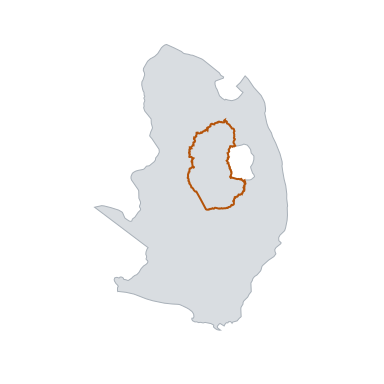 location of Free State within South Africa, rotated 308°
{"feature_id": "ZAF-1206", "entity_name": "Free State", "entity_type": "Province", "adm_level": 1, "iso_a3": "ZAF", "parent_name": "South Africa", "parent_adm1": "", "projection": "natural_earth1", "projection_center": [27.438, -28.674], "detail": "fine", "context": "in_parent", "style": "outline", "palette": "amber", "viewbox_px": 384, "rotation_deg": 308, "n_neighbors": 0, "source": "natural_earth", "source_scale": "10m", "svg_char_len": 9454}
<svg xmlns="http://www.w3.org/2000/svg" viewBox="0 0 384 384"><g transform="rotate(308 192 192)"><path d="M259.5,77.7L267.7,76.5L271.4,77.2L275.8,79.1L279.9,79.8L286.9,79.1L289.3,79.5L291.2,80.1L292.6,81.2L294.5,88.9L296.2,97.2L296.1,99.9L296.4,100.9L298.3,104.4L299.1,106.6L300.2,108.4L302.7,117.2L303.0,118.8L302.7,140.2L301.7,142.8L302.1,146.1L301.0,146.6L294.1,142.3L292.8,142.4L290.9,144.0L289.0,146.6L288.2,148.7L284.7,154.5L284.4,158.1L284.7,161.3L285.8,161.4L286.6,163.7L288.5,167.2L291.7,169.5L294.6,170.6L298.8,170.9L302.0,170.8L301.9,168.4L302.7,161.9L308.1,162.7L316.2,162.4L315.6,166.7L312.5,176.3L310.6,187.1L308.1,192.6L306.7,194.8L302.8,198.8L300.7,200.2L299.0,200.6L292.2,208.7L289.7,212.6L287.5,218.2L285.3,221.3L282.0,228.0L276.3,237.8L271.5,244.2L269.4,246.1L267.9,246.9L264.2,250.7L258.8,256.7L254.7,262.0L248.7,268.0L245.1,270.7L239.9,275.9L238.4,276.6L232.5,281.5L228.2,284.4L221.4,287.8L218.6,288.8L212.1,287.9L209.4,288.4L207.1,290.4L206.9,293.4L206.0,293.8L200.0,292.4L197.5,292.7L196.1,294.2L194.9,296.2L191.5,296.3L185.4,294.3L178.1,293.0L176.5,292.9L173.0,294.4L171.8,294.6L166.7,294.3L163.9,293.3L161.2,293.3L159.1,294.1L156.6,294.4L150.0,300.0L146.5,300.0L143.5,300.6L138.1,299.9L136.5,300.2L135.0,301.2L131.4,301.6L130.0,302.4L124.0,307.5L121.4,307.0L118.2,306.9L114.6,304.2L113.2,304.4L113.5,303.6L113.6,302.1L112.3,300.7L110.9,300.8L110.1,299.5L108.0,299.4L106.2,299.8L105.7,295.1L104.9,294.7L102.7,294.6L101.6,294.7L101.2,295.1L100.6,296.2L100.7,299.5L99.9,298.5L99.0,296.6L98.7,294.5L98.9,292.0L100.5,291.1L100.0,288.0L97.3,282.6L95.7,281.4L94.4,278.7L93.2,277.7L92.6,275.7L91.4,274.2L90.9,271.7L91.5,270.3L92.5,269.6L93.6,270.8L94.9,270.3L96.8,268.5L97.8,265.8L97.8,261.5L97.4,258.9L95.8,251.9L95.0,250.3L91.5,245.3L87.4,238.7L82.2,228.2L79.7,221.9L75.8,209.1L72.4,201.9L68.3,195.2L67.8,194.8L68.4,194.0L70.5,192.4L71.4,192.0L71.9,192.2L72.4,191.7L72.8,190.7L73.1,188.3L74.1,185.8L74.9,184.7L76.7,184.0L78.2,185.0L78.8,185.9L79.1,187.1L79.7,187.7L80.7,187.7L81.4,188.4L81.9,189.9L81.8,191.0L81.2,191.7L81.4,192.6L82.1,193.8L82.9,196.2L86.8,197.5L88.9,197.7L91.0,198.3L92.9,199.4L96.0,199.7L100.4,199.1L104.0,199.4L106.8,200.4L108.9,200.6L110.1,200.0L110.7,199.0L110.5,197.7L111.1,196.9L112.5,196.5L113.6,195.6L114.4,194.0L116.4,192.7L119.5,191.7L121.1,191.7L120.0,124.6L125.6,129.2L126.9,131.3L129.7,137.6L132.6,145.4L133.1,149.1L133.0,149.9L130.2,155.0L130.2,157.5L130.5,160.5L131.2,161.9L132.1,162.4L134.0,161.7L137.1,162.5L142.9,162.1L145.8,162.5L146.5,162.3L147.2,161.7L147.9,159.9L148.6,159.3L151.3,158.5L152.5,157.5L154.4,154.0L160.1,149.3L160.7,148.2L164.2,137.0L165.3,135.4L166.9,134.3L170.1,133.5L172.0,134.0L174.0,134.9L176.3,136.6L179.7,139.6L180.9,140.1L184.3,140.2L186.4,142.2L192.7,143.6L194.6,143.5L196.5,142.4L199.8,142.5L203.3,141.7L205.4,139.7L209.4,127.4L209.9,124.8L210.3,124.0L213.7,122.6L217.7,121.6L218.6,121.0L221.1,117.6L224.4,114.8L226.7,105.0L228.2,102.6L229.1,101.7L229.7,101.7L230.6,101.0L231.7,99.8L233.0,99.1L234.5,98.8L235.5,98.0L236.0,96.7L236.7,96.1L237.9,96.1L238.5,95.7L238.7,94.8L241.1,92.7L241.2,91.9L242.6,89.8L245.4,86.5L248.0,84.7L250.5,84.3L255.1,82.6L256.7,81.0L257.7,78.9L259.5,77.7ZM251.6,222.4L255.6,220.8L258.5,218.6L259.2,214.6L261.5,212.1L262.3,209.8L263.0,206.7L261.7,203.4L259.8,202.4L256.4,199.6L255.0,197.7L253.0,196.1L251.5,194.1L249.2,194.7L245.6,196.3L243.3,197.7L241.5,199.4L238.1,200.7L234.9,206.1L233.9,207.3L231.4,211.3L227.9,213.2L227.8,213.9L229.0,217.1L230.6,220.3L232.4,222.9L232.3,224.6L232.9,225.8L234.4,226.7L237.0,230.0L238.3,231.0L242.3,231.8L242.9,231.6L244.0,229.6L244.1,228.3L246.8,224.0L247.9,222.7L251.6,222.4Z" fill="#d9dde1" stroke="#a8b0b8" stroke-width="1"/><path d="M255.0,197.6L254.8,197.5L254.1,197.3L253.9,197.2L253.5,196.3L253.3,196.1L252.6,196.1L252.5,195.8L252.4,195.1L252.1,194.4L251.6,193.9L251.4,193.9L250.6,194.6L248.2,194.8L247.8,194.9L247.6,195.2L247.1,196.0L246.9,196.3L246.5,196.4L245.9,196.4L245.5,196.3L244.5,196.4L244.4,196.3L243.6,197.6L242.9,198.3L242.3,199.1L242.3,199.5L241.7,199.6L241.2,199.1L240.7,199.2L240.4,200.0L240.0,200.2L238.3,200.1L238.4,200.4L237.8,200.8L237.8,201.2L237.7,201.6L237.1,202.2L236.6,202.4L237.0,203.0L236.7,203.1L236.6,203.5L236.2,204.2L235.4,205.3L235.0,205.6L234.9,205.7L235.0,206.5L234.8,206.7L234.1,206.9L233.8,207.1L233.7,207.8L233.6,208.0L233.2,208.3L233.3,208.8L233.3,209.0L232.5,209.9L232.3,210.2L232.3,210.5L232.2,210.6L231.8,210.6L231.6,211.2L231.0,211.7L229.8,212.1L229.4,212.2L228.9,212.3L228.3,213.0L228.2,212.9L228.1,212.7L227.9,212.7L227.6,213.2L227.3,213.0L227.2,213.2L227.2,213.5L227.0,213.9L227.8,214.5L228.2,215.2L230.0,219.7L230.3,220.0L231.0,220.7L231.2,221.0L231.4,221.9L231.7,222.5L231.9,222.5L232.4,222.5L232.7,222.7L232.7,222.8L232.5,223.1L232.2,223.9L232.2,224.5L232.5,225.4L232.5,225.7L232.7,225.8L232.3,225.9L232.6,226.6L232.9,226.5L233.1,226.8L232.9,227.1L232.2,227.1L231.9,227.2L231.9,227.5L232.4,227.9L232.1,228.2L231.4,227.9L231.3,228.1L231.8,228.5L231.5,229.0L231.2,229.1L230.8,229.0L230.7,228.8L230.4,228.9L230.2,228.9L229.8,229.2L229.2,229.2L229.1,229.7L228.8,229.9L227.9,229.7L227.2,229.8L227.1,230.1L227.4,230.4L227.5,230.8L227.4,230.9L226.8,230.8L226.5,230.9L226.2,231.1L226.1,231.4L226.2,231.8L226.0,232.0L225.2,232.1L225.0,232.4L224.8,232.4L224.6,232.3L224.1,231.8L223.7,231.8L223.3,232.1L222.8,232.2L222.6,232.4L222.3,232.4L222.1,232.3L221.5,232.5L221.6,232.2L221.3,232.0L220.3,232.0L219.4,231.6L219.2,231.4L219.1,230.8L218.7,230.3L216.7,230.7L216.2,230.6L216.0,230.3L215.9,230.0L215.1,229.7L214.6,229.0L214.2,228.9L214.1,229.1L214.1,229.4L214.1,229.7L213.7,229.7L212.9,229.4L211.8,229.8L211.1,230.4L210.6,230.0L210.4,230.0L210.1,230.2L210.2,230.7L210.0,231.0L208.7,232.1L207.9,232.5L207.5,232.4L207.0,232.2L206.5,232.0L206.4,231.9L206.3,231.3L206.2,231.1L205.7,231.1L204.1,231.3L203.5,230.9L203.0,230.4L202.5,230.0L201.4,230.0L201.2,229.7L201.1,229.4L200.9,229.1L200.3,228.8L199.8,228.4L199.0,227.4L197.7,226.1L197.4,225.2L196.7,224.9L196.5,224.6L196.2,224.0L195.9,223.9L195.6,223.7L194.1,220.4L193.7,219.8L192.3,219.5L192.0,219.1L191.8,218.1L191.6,218.0L191.0,217.9L190.6,217.6L189.9,216.7L189.3,216.6L189.1,216.1L188.6,216.1L188.4,216.0L188.1,215.7L187.4,214.8L187.2,214.5L187.1,213.8L187.0,213.6L191.7,203.0L194.9,195.4L195.0,195.2L194.7,194.9L194.5,194.6L194.4,194.1L194.5,193.0L194.7,192.0L195.2,191.2L195.5,189.8L195.5,189.3L195.3,188.9L195.2,188.7L195.3,188.5L195.6,188.2L196.0,187.8L196.5,186.9L196.9,185.6L197.0,184.7L197.6,184.5L197.8,184.3L198.3,183.4L198.2,183.1L198.7,182.2L199.0,182.1L199.4,182.1L199.6,181.7L199.9,181.5L200.5,180.7L200.4,180.2L200.6,180.1L200.8,179.7L201.0,179.6L201.5,179.5L201.8,179.4L203.1,178.2L204.1,177.9L204.3,177.7L204.6,177.8L204.8,177.7L205.2,177.5L205.5,177.2L206.5,177.5L207.2,176.8L208.8,175.8L209.1,175.8L209.3,175.9L209.7,176.4L209.9,176.5L210.6,176.5L211.8,176.8L212.1,178.2L212.3,178.3L212.7,178.3L212.8,178.2L212.7,177.4L212.7,177.2L213.0,176.4L213.4,175.9L214.7,174.5L215.1,174.4L215.3,174.2L215.3,173.8L215.4,173.4L215.6,173.0L216.0,172.7L216.4,172.6L216.7,172.9L217.0,172.5L217.3,172.3L217.7,172.3L218.0,172.4L219.5,172.4L219.4,172.1L218.8,171.9L218.6,171.6L218.7,171.3L218.9,171.0L219.2,170.9L219.2,169.8L218.9,169.4L218.4,168.9L218.0,168.4L218.3,168.0L219.2,167.7L219.9,167.0L220.1,167.0L220.4,167.1L220.6,166.9L220.6,166.1L221.3,165.3L221.6,165.2L222.3,165.5L222.5,164.9L223.0,164.4L223.6,164.1L223.8,163.9L224.2,164.2L224.5,163.8L224.8,163.6L225.7,164.4L225.7,163.2L225.7,162.9L225.9,162.7L226.1,162.9L226.4,163.5L227.0,163.8L227.6,163.9L229.1,163.9L229.5,163.7L229.7,163.8L229.6,164.3L229.7,164.5L230.0,164.3L230.6,163.8L231.3,163.0L231.6,162.7L232.1,162.6L232.3,162.7L232.7,163.2L232.9,163.3L234.1,163.0L234.2,162.9L234.7,162.1L234.8,161.2L235.0,161.0L235.7,160.9L235.6,160.5L235.8,160.4L236.1,160.4L236.3,160.2L236.7,160.9L238.0,160.7L238.3,161.1L238.5,161.1L238.7,160.6L239.3,160.4L240.3,160.2L241.0,159.4L241.5,159.1L242.1,159.7L241.8,159.9L242.0,160.4L242.8,161.9L243.5,162.3L244.2,162.9L244.5,162.6L244.8,163.1L245.1,163.4L246.0,163.2L247.0,163.9L248.1,164.0L248.4,164.6L248.6,164.9L248.8,164.9L249.0,164.6L249.5,164.6L249.9,165.1L250.0,165.3L250.4,165.4L250.4,165.6L250.2,166.3L250.4,166.2L251.3,165.4L252.1,165.3L252.0,165.1L251.8,164.9L251.6,164.8L251.6,164.6L252.0,164.4L252.7,164.7L253.8,165.5L254.3,165.7L254.6,165.9L255.0,165.7L255.3,166.0L255.5,166.0L255.9,165.5L256.3,165.3L256.6,165.1L257.1,165.1L257.8,165.6L258.1,165.7L258.2,166.5L258.4,166.8L258.8,167.7L259.0,168.0L259.4,167.8L259.6,167.7L260.5,167.8L261.1,168.4L261.5,168.5L261.8,168.8L262.3,169.0L262.3,169.4L262.4,169.6L262.6,169.6L263.1,169.4L263.3,169.4L263.9,169.8L264.2,170.2L264.3,170.8L264.5,171.1L264.6,171.4L265.1,172.0L265.4,172.3L265.4,172.7L265.4,172.9L266.7,174.5L266.9,174.5L267.3,174.2L267.7,174.2L267.8,173.7L268.0,173.4L268.6,173.4L268.9,173.5L268.2,173.8L268.1,174.0L268.1,174.8L268.8,175.0L268.9,175.4L268.9,176.1L268.8,176.3L267.9,176.8L267.6,177.3L267.6,177.6L267.9,178.1L267.9,178.3L267.8,179.4L267.9,179.6L268.1,179.8L268.1,180.0L267.9,180.4L267.7,181.2L267.3,181.8L267.3,182.9L266.9,183.5L266.6,184.2L266.6,184.4L266.7,184.6L267.2,185.1L267.3,185.4L267.4,185.7L267.3,186.3L267.2,186.5L266.6,187.1L266.1,188.0L265.0,188.1L264.6,188.3L263.3,190.0L262.4,190.5L261.8,191.2L261.0,191.4L260.6,191.6L260.3,191.9L260.1,192.4L260.2,193.0L260.0,193.3L259.3,193.5L258.6,193.4L257.8,193.6L256.8,194.0L256.2,194.7L256.1,195.5L255.6,196.1L255.0,197.6Z" fill="none" stroke="#b45309" stroke-width="2"/></g></svg>